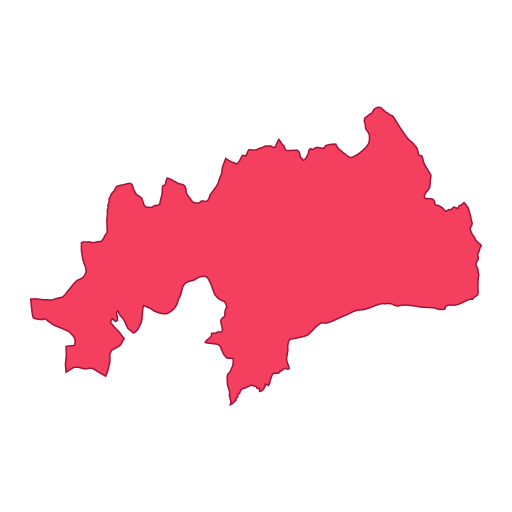 Khwisero, Western, Kenya (Equal Earth projection)
{"feature_id": "3690345B3814928417926", "entity_name": "Khwisero", "entity_type": "district", "adm_level": 2, "iso_a3": "KEN", "parent_name": "Kenya", "parent_adm1": "Western", "projection": "equal_earth", "projection_center": [34.567, 0.147], "detail": "fine", "context": "isolated", "style": "filled", "palette": "rose", "viewbox_px": 512, "rotation_deg": 0, "n_neighbors": 0, "source": "geoboundaries", "source_scale": "gbopen_adm2", "svg_char_len": 6066}
<svg xmlns="http://www.w3.org/2000/svg" viewBox="0 0 512 512"><path d="M81.4,242.8L81.4,249.9L81.6,252.2L82.9,259.5L84.2,263.8L85.7,267.5L86.2,271.6L85.0,274.6L83.3,277.1L81.0,278.7L77.2,280.4L75.5,281.8L69.2,289.3L64.8,295.0L62.5,297.2L60.3,297.5L55.8,298.7L52.2,300.0L49.6,300.0L46.9,299.7L45.0,299.9L36.0,298.9L30.7,299.0L31.7,309.3L32.6,315.7L33.4,317.9L35.5,318.8L40.8,319.6L42.6,319.6L44.1,318.8L46.0,319.3L48.1,321.2L53.9,325.1L55.4,325.8L63.1,328.9L68.9,331.5L70.5,333.0L73.1,336.0L74.5,337.9L75.2,341.6L74.6,345.2L73.1,345.6L71.2,345.7L66.0,346.5L66.3,353.7L66.2,356.9L65.4,364.4L66.1,372.2L73.0,367.8L75.0,367.3L76.6,367.2L79.8,367.6L82.3,368.4L85.2,368.9L90.6,368.1L92.5,368.5L94.3,369.4L97.4,371.4L105.7,376.2L107.6,371.4L109.3,364.8L109.9,361.3L109.9,357.6L109.7,354.6L111.4,350.4L116.2,347.8L119.8,345.7L121.6,343.3L122.5,341.3L124.2,338.5L121.6,335.4L118.9,331.6L115.6,328.5L114.0,326.8L113.0,325.1L110.6,322.9L111.1,320.5L112.2,318.6L115.5,321.5L117.5,320.3L117.3,316.5L116.3,312.6L117.9,311.1L119.0,313.4L120.4,315.7L122.5,317.9L124.5,320.9L126.4,325.5L127.9,328.4L129.3,329.7L130.8,330.7L133.3,333.0L135.3,332.1L137.3,330.2L140.3,324.6L141.4,322.1L141.9,319.0L142.9,308.3L143.5,305.6L150.1,308.2L153.8,310.8L157.6,312.4L160.5,313.3L163.0,313.7L165.2,313.8L167.6,313.5L171.5,311.0L173.9,308.9L175.8,306.2L177.1,303.9L178.9,298.2L180.3,295.8L181.3,292.4L182.6,287.2L183.8,285.1L185.4,283.1L188.9,281.4L193.9,280.2L199.0,277.1L201.7,276.5L204.5,276.3L207.2,277.2L209.8,281.5L210.9,284.1L214.7,294.5L218.2,298.5L222.0,300.7L224.5,301.5L226.0,304.4L226.7,307.1L225.7,308.9L224.9,311.9L224.9,314.4L224.5,316.5L222.5,317.9L220.8,320.2L221.1,323.3L221.8,326.5L222.6,329.3L221.6,332.0L220.0,332.1L218.2,331.8L216.5,332.7L214.7,333.2L211.6,333.3L211.3,336.2L209.7,338.0L206.7,340.2L205.3,342.4L207.2,343.0L215.9,344.0L218.1,344.5L220.4,346.3L221.4,349.4L223.8,354.6L226.8,358.0L229.4,358.3L231.5,358.2L233.2,358.6L233.2,362.2L232.8,365.6L229.9,372.1L227.6,374.4L227.1,377.7L227.5,384.5L228.2,387.4L229.7,392.0L229.4,395.8L230.1,398.6L231.0,401.4L230.3,404.7L232.6,403.6L234.1,401.8L236.0,400.3L236.0,398.1L237.7,397.2L237.8,394.5L239.6,393.4L240.6,390.1L242.8,388.6L245.1,388.0L251.6,385.0L253.5,385.9L256.1,386.5L257.2,388.5L259.2,388.2L259.6,391.4L261.8,390.8L263.8,388.7L265.1,386.4L265.3,384.1L268.5,385.5L269.6,383.2L270.2,380.4L271.9,375.5L272.8,373.7L274.8,373.2L277.3,373.3L279.0,372.9L280.1,371.2L281.7,370.7L283.7,368.8L285.9,368.4L287.4,369.2L289.2,368.8L288.9,366.8L286.8,361.2L286.6,358.1L287.6,352.1L287.9,349.8L287.7,347.1L288.0,343.9L288.7,341.1L290.4,339.2L297.1,338.0L303.5,336.5L305.7,335.8L307.5,335.1L309.5,333.6L315.6,327.1L319.1,324.3L320.6,323.4L322.4,322.7L324.7,323.1L327.5,322.8L329.0,322.4L333.1,320.8L341.4,317.0L347.1,314.6L352.8,311.8L355.8,310.6L358.4,310.1L362.3,309.8L364.6,309.4L370.0,307.7L376.3,305.1L382.2,303.5L384.2,303.8L388.5,303.5L391.3,303.8L395.4,305.6L397.9,306.1L400.1,305.5L402.4,305.1L407.0,305.1L414.6,306.0L420.3,307.0L433.3,307.8L435.2,308.1L437.0,308.9L439.2,309.4L443.3,309.5L444.8,309.1L445.7,306.3L448.1,305.1L455.0,305.1L457.5,304.6L459.9,303.7L467.7,300.1L470.0,299.3L472.7,299.2L474.2,297.1L476.1,296.1L477.8,294.7L478.1,292.2L477.9,287.1L478.1,278.1L478.8,275.8L478.6,273.8L478.0,271.7L477.9,269.2L476.7,266.7L475.9,264.3L476.7,261.7L478.2,259.4L478.2,257.0L477.5,254.5L478.9,251.8L479.5,249.4L480.3,247.4L481.3,245.7L480.0,243.9L478.5,243.0L477.1,241.4L475.7,240.1L474.7,237.9L471.6,233.1L470.7,230.8L470.2,228.2L471.6,225.7L472.2,223.4L470.9,218.2L470.5,215.2L469.7,213.2L468.4,208.3L465.2,203.8L464.0,202.5L462.5,203.9L460.7,205.2L459.0,206.0L457.8,208.5L453.9,207.0L451.0,209.7L448.8,209.5L446.2,211.3L444.4,210.1L442.4,207.9L439.9,206.2L437.8,205.3L436.1,205.4L434.8,203.7L434.5,201.4L432.9,199.2L428.5,198.5L426.5,198.7L424.5,197.9L424.4,195.5L425.5,193.3L426.6,191.6L428.4,189.7L429.6,187.6L430.0,185.1L430.3,180.1L430.7,178.0L430.9,175.1L425.3,165.8L424.2,163.6L423.2,160.9L422.8,158.3L421.7,155.8L419.5,155.5L418.4,154.1L417.5,149.5L416.1,146.9L414.3,145.0L413.2,143.3L409.4,140.3L407.9,138.7L403.9,133.3L400.0,127.5L394.1,118.0L392.6,115.9L389.5,114.7L387.7,113.1L385.6,112.0L380.5,107.4L377.8,107.3L375.8,108.2L373.8,109.5L372.2,112.9L370.0,114.0L364.7,118.2L364.2,120.9L365.1,123.5L365.6,128.6L368.2,132.4L369.3,134.7L369.5,138.2L369.2,141.6L368.4,144.0L365.7,147.6L362.5,150.7L358.6,153.8L354.4,156.2L352.1,157.3L350.1,157.5L348.6,156.8L345.1,154.1L339.3,149.4L337.0,146.9L335.8,144.1L330.8,144.3L328.2,145.0L325.9,145.4L323.9,148.3L320.7,148.1L317.0,147.3L314.8,148.2L312.5,149.6L310.8,148.6L309.1,149.8L308.4,153.2L307.5,155.3L306.1,157.8L305.0,159.3L303.2,160.4L301.8,158.4L300.5,157.2L299.2,152.0L297.3,150.2L286.9,150.6L285.2,149.7L284.7,147.6L283.9,145.8L282.4,144.5L278.9,139.4L277.6,141.4L275.1,147.4L272.7,147.1L270.8,145.9L268.3,146.1L266.5,145.9L264.8,146.3L261.7,147.8L259.7,148.2L256.0,149.9L253.8,150.2L250.6,149.7L248.9,149.8L247.9,151.3L245.8,156.1L244.3,155.5L242.3,155.4L239.3,161.3L236.5,164.2L234.4,162.8L232.3,162.3L229.7,161.0L227.6,159.7L225.8,158.4L222.8,166.1L222.2,168.6L221.7,173.1L220.9,175.3L220.0,177.2L218.0,183.4L216.4,186.3L210.0,195.1L209.3,197.6L207.7,200.6L205.8,201.5L203.6,201.1L201.5,200.9L199.8,202.4L198.0,203.2L194.5,202.7L192.6,201.9L186.9,194.2L186.1,191.7L186.0,189.1L185.0,186.2L182.8,184.5L178.3,183.6L176.6,182.5L171.8,179.9L169.7,178.9L167.3,178.0L166.0,180.9L165.6,183.8L164.5,185.2L162.8,185.8L162.3,188.5L162.1,194.1L160.6,199.6L159.6,204.5L157.6,205.3L156.0,205.4L154.1,205.8L152.1,207.3L149.7,207.4L146.0,207.1L144.2,205.3L142.0,198.8L140.3,196.9L138.1,195.6L136.2,194.2L134.8,191.7L133.8,189.7L132.0,184.4L130.3,183.4L128.5,183.4L126.8,183.9L118.0,185.9L116.1,187.0L114.3,190.8L112.8,192.2L111.1,194.3L110.2,196.8L109.1,198.7L109.2,200.8L108.7,203.3L107.9,205.7L108.2,207.7L107.3,209.9L107.4,212.8L107.3,215.2L106.8,220.9L107.2,228.7L107.1,232.5L104.9,235.6L103.7,238.2L101.2,241.5L98.1,241.6L93.8,242.6L91.8,242.5L90.0,242.0L87.9,241.9L86.2,242.2L83.0,241.9L81.4,242.8Z" fill="#f43f5e" stroke="#9f1239" stroke-width="1.5"/></svg>